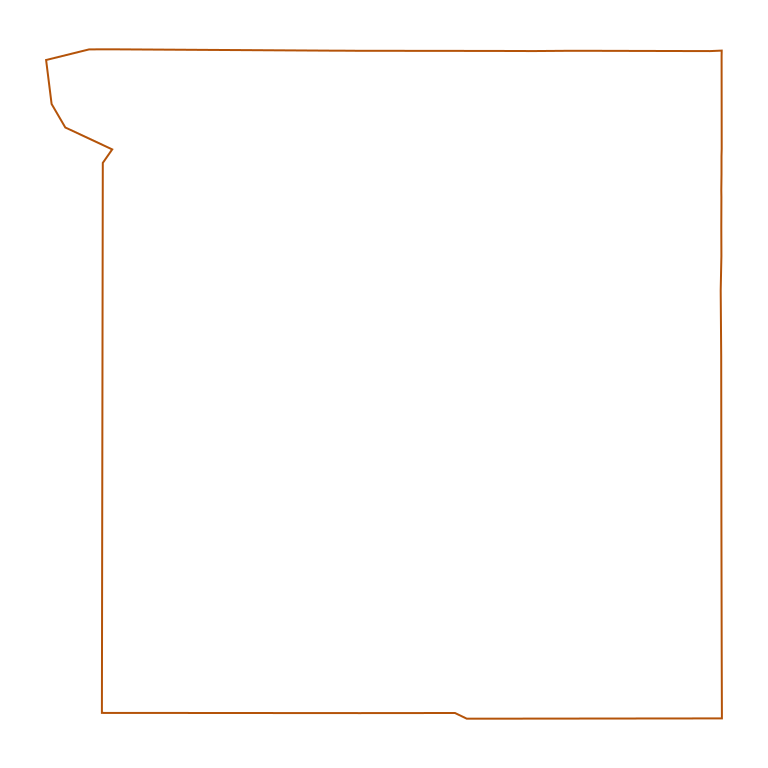 Ottawa, Oklahoma, United States of America (Natural Earth projection)
{"feature_id": "52423323B73964921740161", "entity_name": "Ottawa", "entity_type": "district", "adm_level": 2, "iso_a3": "USA", "parent_name": "United States of America", "parent_adm1": "Oklahoma", "projection": "natural_earth1", "projection_center": [-94.749, 36.834], "detail": "fine", "context": "isolated", "style": "outline", "palette": "amber", "viewbox_px": 768, "rotation_deg": 0, "n_neighbors": 0, "source": "geoboundaries", "source_scale": "gbopen_adm2", "svg_char_len": 586}
<svg xmlns="http://www.w3.org/2000/svg" viewBox="0 0 768 768"><path d="M721.4,519.4L721.2,356.4L720.7,290.4L721.4,256.1L721.3,227.0L721.4,197.4L721.4,197.2L721.3,190.3L721.5,174.3L721.5,156.2L721.7,148.9L721.6,59.1L721.6,56.0L721.7,50.6L709.9,51.1L589.0,50.8L585.6,50.8L567.8,50.8L528.2,51.1L524.7,51.0L463.1,50.9L375.4,50.8L359.7,50.8L345.3,50.7L339.8,50.7L109.1,49.3L89.1,49.4L46.1,60.0L51.6,104.0L65.3,127.5L112.2,149.4L102.8,162.9L101.9,712.9L359.8,713.1L455.0,713.0L466.8,718.7L721.9,718.4L721.9,715.4L721.7,650.8L721.4,519.4Z" fill="none" stroke="#b45309" stroke-width="2"/></svg>